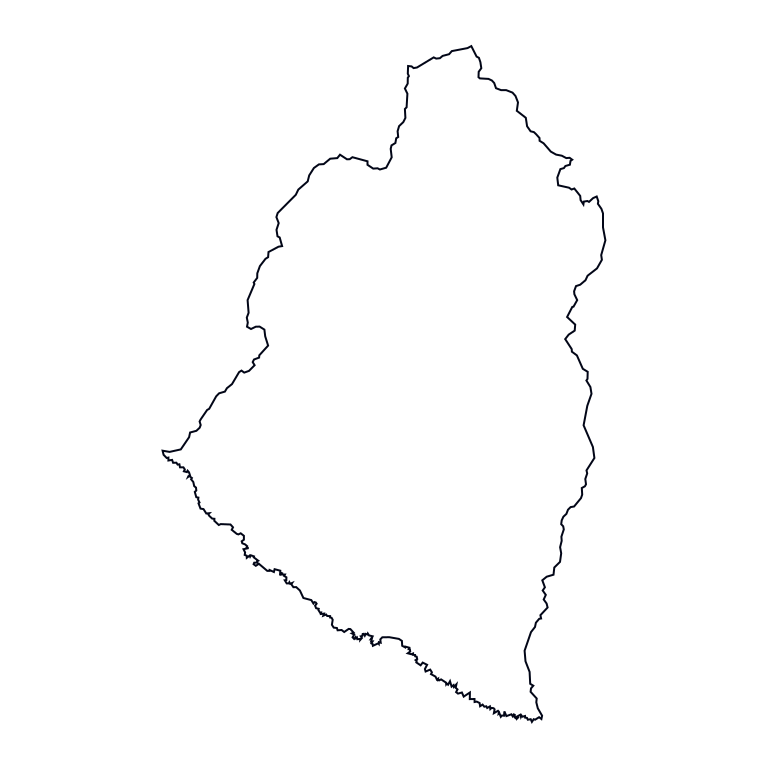 Sao Joao Baptista, Ribeira Grande de Santiago, Cabo Verde (Mercator projection)
{"feature_id": "66160863B53173453259277", "entity_name": "Sao Joao Baptista", "entity_type": "district", "adm_level": 2, "iso_a3": "CPV", "parent_name": "Cabo Verde", "parent_adm1": "Ribeira Grande de Santiago", "projection": "mercator", "projection_center": [-23.659, 14.991], "detail": "fine", "context": "isolated", "style": "outline", "palette": "ink", "viewbox_px": 768, "rotation_deg": 0, "n_neighbors": 0, "source": "geoboundaries", "source_scale": "gbopen_adm2", "svg_char_len": 6094}
<svg xmlns="http://www.w3.org/2000/svg" viewBox="0 0 768 768"><path d="M162.6,450.7L163.6,454.8L166.7,458.0L168.4,457.6L168.4,460.5L172.1,459.9L173.1,462.8L176.4,462.7L177.6,464.6L179.4,464.3L180.0,467.3L183.4,467.3L184.8,469.4L183.9,471.3L186.9,472.1L187.6,470.7L189.0,472.3L190.0,475.3L188.4,476.2L188.1,476.9L189.3,476.0L191.9,478.0L191.1,479.3L193.3,482.0L194.2,486.1L196.0,487.6L196.3,490.5L194.8,491.9L196.3,497.2L198.4,497.6L198.1,499.6L199.5,502.5L198.5,503.3L200.5,508.6L203.5,509.1L206.3,513.5L209.4,513.2L208.3,514.3L209.3,515.9L212.2,518.6L214.4,518.8L214.3,520.8L218.8,525.0L220.7,524.1L230.5,524.5L233.0,527.3L231.7,529.8L236.8,533.9L238.4,534.4L240.7,533.3L243.9,535.8L243.9,539.7L241.7,541.3L242.3,543.3L245.1,544.4L247.2,546.2L246.5,547.6L248.6,548.1L243.5,549.2L245.1,552.4L244.7,554.9L246.7,555.7L246.8,557.8L249.6,555.6L250.1,556.7L250.9,555.3L254.0,556.4L253.7,557.3L258.2,560.7L257.1,561.3L257.4,562.6L254.2,562.7L253.6,564.2L255.8,565.8L258.9,563.8L267.3,570.9L269.5,570.9L269.6,570.0L273.9,572.0L274.6,569.2L280.3,570.7L280.0,575.4L281.3,572.9L282.2,573.3L281.9,574.5L284.9,574.5L284.1,575.9L286.4,577.3L286.3,580.1L284.8,580.3L286.7,583.4L288.9,583.4L289.4,582.3L290.2,583.8L292.1,583.0L291.3,584.2L293.4,587.2L296.2,587.1L299.9,590.5L303.4,598.0L311.3,600.1L313.4,603.5L314.4,602.1L315.8,602.5L316.6,603.7L315.1,605.7L316.1,608.2L318.7,608.8L318.4,610.0L320.2,612.9L321.1,612.6L320.9,614.0L324.0,613.6L323.3,615.7L326.1,614.5L327.2,616.0L330.1,616.1L330.1,617.5L331.6,617.8L332.7,619.8L331.9,624.8L333.7,627.6L336.9,628.0L337.6,630.3L341.6,630.0L344.2,632.0L348.7,628.9L350.4,629.1L353.7,632.7L351.9,633.4L354.2,634.6L352.6,637.3L354.1,638.9L355.4,637.3L355.6,638.3L356.9,637.4L357.3,639.2L360.4,638.9L360.3,639.8L361.9,638.0L360.8,636.3L362.3,635.9L362.7,634.0L363.8,633.8L364.8,635.7L365.7,633.9L367.4,634.5L367.8,633.5L369.0,635.4L372.6,636.3L371.0,638.8L371.9,638.5L371.1,641.5L372.6,641.4L371.4,643.4L372.6,644.0L372.9,645.8L378.3,643.3L378.8,643.9L378.9,642.2L380.7,642.7L380.3,639.4L382.3,637.3L389.3,637.2L398.9,638.9L401.9,640.9L402.2,645.8L405.2,647.4L405.3,646.6L409.3,647.7L408.7,649.2L409.9,649.3L410.2,651.5L407.8,653.3L411.2,654.2L413.0,653.5L412.9,654.8L415.1,655.0L415.2,656.3L416.7,656.7L417.2,659.1L415.6,660.1L416.7,661.0L416.3,662.4L420.6,665.3L422.7,662.6L427.1,664.8L424.9,669.0L425.6,671.5L430.2,669.6L431.9,672.3L431.0,674.1L435.5,676.6L436.8,679.4L437.8,678.8L437.2,681.0L438.5,679.4L439.3,680.3L441.1,679.4L446.0,682.6L446.2,684.3L446.8,683.5L448.1,684.7L450.0,681.2L451.6,686.6L453.5,685.1L453.9,686.9L456.4,684.3L455.7,687.8L457.5,689.4L456.1,692.1L458.0,693.6L461.9,692.5L463.7,696.6L469.9,692.5L469.8,699.1L474.5,699.0L474.6,702.0L476.7,701.6L479.6,703.0L480.1,706.2L482.6,704.6L484.3,706.7L486.3,706.3L487.2,708.0L489.9,706.4L490.3,709.1L491.6,707.9L493.6,708.2L494.6,709.3L493.9,713.2L498.0,710.8L498.9,711.7L498.6,713.8L499.4,713.2L500.8,716.8L501.9,715.5L504.0,715.7L504.4,711.4L506.4,716.1L511.4,714.3L512.7,716.3L513.8,714.4L514.8,714.9L514.6,717.1L515.5,718.1L516.7,717.1L516.9,718.7L518.1,717.5L517.1,716.5L520.4,714.7L520.9,716.7L521.4,715.4L522.4,716.7L525.0,716.0L525.1,717.6L527.0,717.9L527.8,719.7L530.7,719.2L531.9,721.9L533.7,719.2L535.1,719.7L539.1,717.2L541.4,719.0L542.1,715.7L537.8,708.3L536.3,702.3L536.7,698.5L530.6,691.8L531.0,688.4L533.3,685.7L530.2,683.8L529.6,671.9L525.5,661.3L524.6,650.7L531.0,632.1L535.0,627.0L535.9,622.7L539.2,618.8L541.1,618.5L540.4,615.2L547.6,607.5L546.6,603.5L543.7,599.5L545.8,594.9L542.7,590.5L544.9,587.3L542.3,580.3L546.7,576.7L553.5,574.7L554.3,567.5L560.0,561.9L561.2,553.3L560.1,547.2L561.7,540.8L561.4,536.7L563.8,529.4L563.2,526.3L561.2,524.2L561.7,520.4L563.4,516.7L566.4,513.9L568.0,509.7L570.6,507.1L574.1,506.5L581.0,498.1L582.2,494.6L581.8,488.0L584.9,486.3L586.0,484.3L585.3,479.0L587.2,473.4L586.5,470.4L594.4,458.0L592.9,447.0L583.6,425.3L587.3,405.8L591.5,393.8L590.4,387.0L586.4,380.5L587.5,378.9L587.7,371.8L582.8,368.8L576.9,355.4L571.9,351.7L571.7,349.1L565.2,339.1L568.7,334.6L574.7,330.6L575.2,324.6L567.1,317.0L572.3,306.9L573.5,306.7L577.2,300.1L574.4,294.3L574.1,291.3L576.0,286.1L580.2,284.7L585.5,280.2L587.6,275.7L597.0,268.4L601.9,259.8L601.2,255.1L605.4,240.3L603.0,227.4L603.0,213.4L601.4,208.8L597.9,203.8L598.3,201.2L596.7,196.5L593.1,198.1L589.0,201.9L587.4,201.0L583.8,201.6L583.4,204.4L580.6,200.1L580.2,195.9L574.3,188.5L571.6,189.5L569.0,187.7L558.2,185.3L557.3,177.6L560.4,169.1L563.9,168.1L565.4,166.0L569.9,164.7L570.5,160.9L572.2,159.7L569.6,157.8L566.3,158.1L561.8,155.7L556.1,154.6L550.8,151.6L543.6,143.3L539.6,140.8L539.5,138.0L536.0,134.1L533.9,132.1L530.6,131.3L527.1,126.3L525.8,117.8L516.8,110.8L518.0,102.4L515.5,96.0L512.5,92.6L506.1,90.1L501.0,90.1L496.0,88.2L494.2,83.0L491.9,80.5L488.5,78.9L479.9,78.4L478.5,77.2L478.7,71.8L481.3,68.2L480.4,62.2L478.9,57.8L476.6,56.6L471.3,46.1L467.5,48.1L451.8,51.1L449.1,54.2L442.6,55.9L439.9,58.2L436.2,58.6L433.7,57.4L417.0,67.5L413.6,68.1L411.6,66.4L408.1,66.0L407.8,73.7L408.9,76.1L407.8,77.7L407.7,83.6L404.9,88.5L407.4,93.7L406.6,107.3L404.9,109.0L405.4,117.9L403.3,122.1L399.1,126.1L397.6,131.2L398.2,137.0L396.2,138.3L395.4,143.0L391.5,145.4L390.7,148.9L391.7,157.3L386.2,167.7L379.9,169.5L377.6,168.3L373.2,168.6L367.5,164.8L367.5,161.3L352.4,157.2L349.7,159.2L347.0,159.3L340.0,154.7L337.3,158.1L330.2,158.7L323.7,164.1L318.9,164.4L313.9,168.0L309.2,175.4L307.7,181.4L298.3,189.6L295.8,194.8L277.7,213.0L276.4,217.1L278.7,223.1L276.5,229.8L277.5,236.3L279.7,237.5L282.1,246.1L278.5,246.7L268.5,252.0L268.1,257.2L265.5,258.8L259.9,266.1L257.3,273.3L257.2,277.9L253.7,282.5L254.4,284.0L247.6,300.1L248.6,312.8L246.8,317.6L247.8,322.6L247.0,326.7L251.0,329.0L255.8,326.7L259.6,326.6L264.4,329.6L265.2,336.3L268.1,345.6L259.3,355.3L259.1,357.6L254.0,359.5L252.7,362.1L254.6,365.2L249.0,370.9L244.2,372.6L241.5,370.6L239.1,372.1L232.0,384.1L226.9,388.2L224.9,391.6L219.1,393.3L216.2,396.3L209.2,408.8L207.1,410.0L200.6,419.5L199.6,421.5L200.7,425.0L199.7,427.7L196.4,430.8L190.1,432.5L189.1,437.2L180.8,449.4L169.6,451.9L162.6,450.7Z" fill="none" stroke="#020617" stroke-width="2"/></svg>